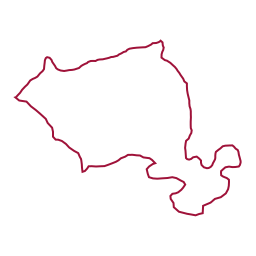 Lachin District, Laçın, Azerbaijan
{"feature_id": "54616110B46945931752574", "entity_name": "Lachin District", "entity_type": "district", "adm_level": 2, "iso_a3": "AZE", "parent_name": "Azerbaijan", "parent_adm1": "Laçın", "projection": "orthographic", "projection_center": [46.409, 39.71], "detail": "fine", "context": "isolated", "style": "outline", "palette": "rose", "viewbox_px": 256, "rotation_deg": 0, "n_neighbors": 0, "source": "geoboundaries", "source_scale": "gbopen_adm2", "svg_char_len": 2967}
<svg xmlns="http://www.w3.org/2000/svg" viewBox="0 0 256 256"><path d="M15.4,97.4L19.2,100.5L26.5,101.6L30.9,106.3L35.9,110.1L40.4,114.0L45.8,118.9L47.7,123.0L52.1,127.7L53.0,131.8L53.0,136.7L55.6,139.6L58.2,139.7L61.9,141.0L66.0,144.0L69.2,147.5L74.1,150.9L78.2,153.1L79.9,157.0L81.0,158.9L81.3,160.4L81.8,164.2L82.0,167.7L82.5,171.8L84.9,171.0L87.2,168.5L88.6,166.3L91.7,166.2L96.1,166.5L99.6,166.3L104.5,166.1L108.2,164.8L112.4,163.2L115.9,161.8L118.5,160.3L120.9,158.3L125.3,156.6L127.9,154.9L132.5,154.8L136.6,155.3L140.0,155.5L143.4,157.4L149.5,158.2L152.0,159.9L155.2,163.2L152.8,164.0L149.1,166.5L146.7,169.2L147.8,173.9L149.0,177.2L153.0,178.4L157.3,178.7L162.7,178.3L167.5,178.0L172.3,177.2L176.4,178.1L180.7,180.5L183.7,182.0L185.2,184.6L183.1,187.7L181.3,189.8L178.2,192.3L175.7,193.3L172.4,193.8L170.4,196.0L170.7,198.9L173.5,203.0L173.8,207.2L174.5,207.8L178.9,211.7L187.1,213.8L191.3,214.5L195.6,215.3L199.1,214.0L202.7,213.2L203.1,205.8L210.6,202.6L214.9,198.9L220.8,197.2L225.7,193.5L225.9,193.3L228.1,189.2L228.8,185.9L229.0,181.9L228.9,179.7L226.7,178.0L224.6,177.2L223.0,176.5L221.2,175.3L221.0,172.8L221.1,171.1L223.4,169.0L225.4,167.3L229.0,166.6L232.4,167.1L235.4,167.0L238.8,166.5L239.9,165.0L240.6,162.6L240.6,161.6L240.6,161.1L239.6,157.3L238.9,154.8L238.4,151.7L237.7,150.0L235.7,148.7L233.9,146.6L232.4,145.4L228.9,145.5L225.2,145.7L222.7,146.3L220.3,148.5L218.6,149.7L215.9,151.9L215.5,153.4L215.3,155.5L215.3,158.0L215.0,159.4L213.8,161.7L213.0,163.1L212.2,165.2L210.7,166.9L208.7,168.0L206.9,168.2L203.9,167.3L201.6,165.0L201.0,162.8L201.0,160.5L199.0,158.4L196.7,156.6L193.1,157.3L191.2,158.9L189.1,159.6L187.1,159.1L186.0,158.0L185.5,150.8L185.1,147.9L185.6,143.4L186.1,140.8L188.7,138.6L189.9,135.4L191.3,133.0L191.7,130.3L190.8,128.1L190.7,125.1L190.7,121.6L190.9,117.4L190.8,114.1L190.8,111.2L190.5,109.0L189.6,106.3L189.4,104.2L189.3,103.4L189.3,100.4L188.3,96.3L187.8,94.2L187.7,93.8L187.1,90.2L186.9,86.4L186.9,83.4L184.3,81.4L183.2,78.7L181.7,76.6L180.5,74.9L179.3,72.9L177.5,70.6L176.7,69.2L174.9,67.0L173.0,65.3L170.3,62.8L168.7,61.8L167.0,60.7L164.8,60.1L163.1,58.8L161.5,57.6L161.6,54.3L162.3,51.8L163.2,50.0L163.7,47.4L163.3,46.8L162.8,45.3L162.5,42.4L160.6,40.7L159.7,41.6L158.3,42.3L156.2,43.0L152.6,43.2L151.2,44.5L148.1,46.1L145.5,47.2L141.4,47.4L136.7,47.7L133.0,48.1L129.5,48.7L127.3,49.8L125.9,51.4L123.6,52.0L121.5,53.3L118.9,54.5L117.5,55.7L115.3,56.3L113.1,56.9L111.2,57.0L109.1,57.8L106.8,58.4L105.4,58.7L102.8,59.3L99.5,59.5L97.5,59.9L95.5,61.0L93.2,60.9L90.7,61.0L88.1,62.0L87.0,63.1L85.0,63.9L83.0,64.9L81.3,65.9L79.0,68.0L76.5,68.8L74.4,69.5L72.1,69.9L69.2,70.1L66.6,70.6L64.1,71.0L60.6,70.5L57.8,69.4L56.2,68.2L55.0,65.9L53.6,63.9L52.3,62.0L51.5,59.9L49.6,57.8L47.1,57.2L45.8,58.1L44.9,60.3L44.7,62.5L44.3,65.6L44.0,69.1L42.6,71.1L40.1,73.3L37.4,76.6L35.2,77.9L32.6,79.0L30.2,80.5L27.4,84.5L24.9,86.8L22.1,89.8L20.1,92.8L17.9,95.1L16.0,97.2L15.4,97.4Z" fill="none" stroke="#9f1239" stroke-width="2"/></svg>